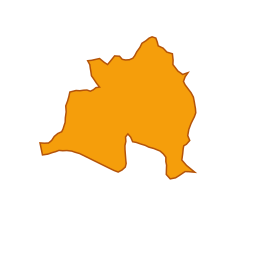 the district of Bonfinópolis, Goiás, Brazil, rotated 139°
{"feature_id": "56859067B14300569311798", "entity_name": "Bonfinópolis", "entity_type": "district", "adm_level": 2, "iso_a3": "BRA", "parent_name": "Brazil", "parent_adm1": "Goiás", "projection": "mercator", "projection_center": [-49.007, -16.591], "detail": "fine", "context": "isolated", "style": "filled", "palette": "amber", "viewbox_px": 256, "rotation_deg": 139, "n_neighbors": 0, "source": "geoboundaries", "source_scale": "gbopen_adm2", "svg_char_len": 1600}
<svg xmlns="http://www.w3.org/2000/svg" viewBox="0 0 256 256"><g transform="rotate(139 128 128)"><path d="M129.5,61.9L124.8,59.2L120.3,58.5L113.6,57.7L111.2,55.6L106.6,50.8L108.4,61.3L108.4,68.5L103.5,72.8L100.0,76.1L97.6,78.0L94.6,77.4L89.6,78.1L87.9,83.1L83.1,87.0L77.6,90.0L74.8,91.2L70.6,92.9L66.9,95.0L64.3,98.5L62.7,101.2L60.9,104.1L58.4,108.4L57.3,113.2L56.6,123.2L55.6,126.8L51.2,129.2L46.4,130.4L51.6,132.5L53.0,138.2L52.5,146.4L49.4,149.7L45.8,154.9L48.9,159.8L49.1,165.2L51.3,170.2L49.6,173.5L48.0,177.6L50.0,181.0L53.1,182.0L57.4,182.1L61.9,182.8L66.1,181.0L71.3,179.8L75.6,178.1L78.6,177.5L82.1,178.6L85.3,181.0L87.3,183.6L87.3,187.7L90.8,191.2L97.5,190.0L101.8,189.3L102.9,193.2L103.9,199.1L111.1,203.0L114.3,205.2L115.3,200.8L117.4,197.6L119.1,194.8L121.3,191.4L121.7,187.6L122.4,182.2L122.6,177.5L125.7,179.5L129.1,179.6L132.3,180.5L134.1,183.6L136.8,185.7L139.9,187.7L142.6,190.4L148.3,193.3L151.9,190.6L155.7,188.1L160.5,185.5L164.1,180.7L168.5,176.9L171.7,173.5L174.7,171.7L177.6,169.9L180.5,168.7L184.6,169.9L189.2,170.0L193.8,168.7L197.8,168.8L201.1,171.4L204.2,174.5L210.2,163.8L205.7,160.9L201.0,159.0L198.1,157.6L194.8,156.4L192.2,153.7L188.9,151.1L185.6,147.5L183.9,144.5L181.3,140.5L168.3,109.5L166.4,105.1L164.3,101.2L160.0,100.2L155.7,100.3L152.7,102.4L150.9,105.0L148.0,108.9L144.5,113.6L141.9,116.7L138.4,119.3L135.7,122.9L132.0,123.6L132.0,119.4L133.5,114.6L131.3,111.8L128.9,107.6L126.4,103.6L124.9,100.0L121.9,95.5L118.9,89.6L118.3,85.3L118.6,81.1L121.5,77.8L123.3,74.6L126.4,71.3L129.6,67.8L129.5,61.9Z" fill="#f59e0b" stroke="#b45309" stroke-width="1.5"/></g></svg>